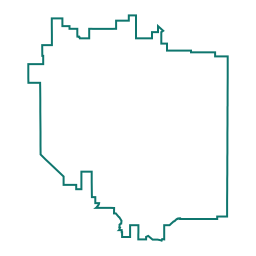 the district of Barkly, Northern Territory, Australia
{"feature_id": "25037944B87984246529450", "entity_name": "Barkly", "entity_type": "district", "adm_level": 2, "iso_a3": "AUS", "parent_name": "Australia", "parent_adm1": "Northern Territory", "projection": "natural_earth1", "projection_center": [135.185, -19.542], "detail": "fine", "context": "isolated", "style": "outline", "palette": "teal", "viewbox_px": 256, "rotation_deg": 0, "n_neighbors": 0, "source": "geoboundaries", "source_scale": "gbopen_adm2", "svg_char_len": 3352}
<svg xmlns="http://www.w3.org/2000/svg" viewBox="0 0 256 256"><path d="M227.2,189.2L227.2,180.4L227.2,178.7L227.3,174.3L227.3,172.5L227.3,170.6L227.3,166.8L227.3,165.3L227.3,157.1L227.4,153.2L227.4,143.1L227.4,141.0L227.4,132.9L227.5,124.8L227.5,118.7L227.5,116.7L227.5,116.2L227.5,115.5L227.5,114.2L227.5,111.4L227.5,110.1L227.5,106.7L227.6,106.0L227.6,100.6L227.6,96.0L227.6,94.9L227.6,93.6L227.7,77.4L227.7,73.7L227.7,70.8L227.7,62.9L227.7,56.4L224.7,56.4L217.7,56.4L215.1,56.4L215.1,55.8L215.1,52.3L210.0,52.3L200.3,52.3L196.0,52.3L191.0,52.3L191.0,50.6L181.3,50.6L171.7,50.6L167.0,50.6L167.0,46.7L167.0,43.6L161.3,43.6L161.3,38.2L161.3,32.7L161.3,32.1L163.2,30.8L158.0,26.1L158.0,32.1L157.3,32.1L155.8,32.1L155.3,32.1L152.0,32.1L152.0,38.3L146.3,38.3L146.2,38.3L139.4,38.3L136.0,38.3L136.0,36.7L136.0,33.7L136.0,26.9L136.0,15.9L136.0,15.4L133.2,15.4L128.8,15.4L128.8,20.7L119.2,20.7L116.1,20.7L116.1,28.8L108.6,28.9L98.9,28.9L98.3,28.9L89.2,28.8L89.2,36.6L89.2,38.3L85.1,38.3L83.7,38.3L83.2,38.3L79.8,38.3L79.6,37.3L78.9,37.1L78.9,36.6L77.4,36.6L77.3,34.5L77.3,28.8L76.2,28.8L69.5,28.8L69.5,26.1L65.9,26.1L65.0,26.1L64.9,26.1L62.4,26.1L62.4,24.9L62.4,18.4L55.6,18.4L52.7,18.4L51.8,18.4L51.8,24.2L51.8,24.8L51.9,35.0L51.9,45.1L51.6,45.1L42.2,45.1L42.3,55.9L43.2,55.9L43.2,64.1L33.5,64.1L28.3,64.1L28.3,66.8L28.3,77.7L28.4,82.8L30.4,82.8L40.1,82.8L40.2,88.5L40.3,99.4L40.3,110.4L40.3,111.3L40.4,121.3L40.5,132.2L40.5,143.2L40.5,144.9L40.6,154.5L45.6,159.5L48.6,162.3L56.1,169.4L63.6,176.5L63.6,182.2L63.6,184.9L73.4,184.9L76.2,184.9L76.2,189.2L81.4,189.2L81.4,182.7L81.4,178.1L81.4,171.7L91.2,171.7L91.7,171.7L91.7,179.1L91.7,181.8L91.8,190.1L91.9,197.1L93.2,197.1L95.3,197.1L95.3,203.1L95.6,203.1L95.8,203.1L96.7,203.1L96.8,203.1L99.1,203.1L98.9,204.2L98.5,204.9L97.9,205.6L97.7,206.1L97.6,206.4L97.2,206.5L96.5,207.5L96.0,207.9L105.8,207.9L108.9,207.9L109.1,207.9L111.5,207.9L114.1,208.0L114.0,213.4L115.8,213.4L118.9,217.1L119.3,217.2L121.5,220.8L121.2,223.6L120.5,223.7L120.1,224.2L119.5,224.7L119.6,225.7L119.6,226.0L119.3,227.3L119.6,227.5L119.8,227.5L120.0,227.6L119.9,227.8L119.7,228.3L119.5,228.9L119.5,229.2L119.4,229.8L119.1,230.1L119.3,230.1L121.2,230.1L121.7,230.1L121.7,232.2L122.1,232.2L122.1,233.3L122.1,234.0L122.1,234.3L122.1,234.6L122.1,234.8L122.1,235.1L122.1,235.4L122.1,235.7L122.1,236.0L122.1,236.3L122.1,236.5L122.1,237.0L128.0,237.0L130.1,237.0L130.1,236.2L130.1,225.2L137.6,225.2L138.4,225.2L138.4,232.3L138.3,234.7L138.3,234.8L138.3,236.1L138.3,239.4L141.4,239.4L146.1,239.4L146.1,237.9L146.1,236.9L148.2,235.9L152.6,239.6L154.3,239.6L157.6,239.6L160.5,240.2L161.6,240.6L162.2,239.1L164.2,239.4L164.2,228.6L164.2,225.2L169.5,225.2L169.9,224.9L170.1,224.7L170.3,224.5L170.7,224.1L171.3,223.5L171.7,223.2L172.1,222.8L172.2,222.7L172.5,222.5L172.6,222.4L172.8,222.2L173.0,222.0L173.2,221.8L173.6,221.4L174.0,221.3L174.3,221.3L174.5,221.2L174.9,220.9L175.2,220.4L175.5,220.2L175.8,219.9L176.3,219.5L176.4,219.3L177.4,218.7L177.6,218.9L177.8,219.0L177.9,218.9L178.0,218.8L178.1,218.6L178.3,218.6L178.7,218.4L178.9,218.3L179.2,218.3L179.5,218.3L180.1,218.3L180.1,219.0L186.8,219.0L196.5,219.0L202.4,219.0L206.4,219.0L217.2,219.0L217.2,216.5L227.1,216.5L227.1,215.8L227.1,214.8L227.1,214.3L227.1,213.2L227.1,211.1L227.1,210.5L227.1,208.4L227.1,207.3L227.1,200.3L227.2,189.2Z" fill="none" stroke="#0f766e" stroke-width="2"/></svg>